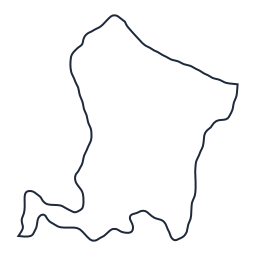 outline of Las Salinas, Barahona, Dominican Republic
{"feature_id": "3306468B53490324555446", "entity_name": "Las Salinas", "entity_type": "district", "adm_level": 2, "iso_a3": "DOM", "parent_name": "Dominican Republic", "parent_adm1": "Barahona", "projection": "robinson", "projection_center": [-71.348, 18.237], "detail": "fine", "context": "isolated", "style": "outline", "palette": "slate", "viewbox_px": 256, "rotation_deg": 0, "n_neighbors": 0, "source": "geoboundaries", "source_scale": "gbopen_adm2", "svg_char_len": 3429}
<svg xmlns="http://www.w3.org/2000/svg" viewBox="0 0 256 256"><path d="M237.6,84.3L228.9,83.4L225.9,82.8L224.1,82.1L220.0,80.0L218.2,79.4L214.4,78.5L212.5,77.9L207.7,75.1L204.1,73.5L199.4,70.5L195.8,68.8L191.0,66.1L189.1,65.5L184.3,64.3L182.6,63.6L178.5,61.5L176.6,60.9L172.8,60.0L170.9,59.4L166.0,56.7L162.5,55.0L157.8,52.1L154.2,50.5L149.4,47.5L146.6,46.2L145.1,45.3L143.6,44.1L142.1,42.8L133.7,33.7L128.3,27.6L127.1,26.0L126.1,24.3L125.0,21.8L118.7,16.9L117.2,15.9L116.3,15.6L115.3,15.4L113.4,15.4L112.5,15.6L110.7,16.6L108.5,18.6L102.7,24.7L100.3,26.7L98.6,27.7L95.1,29.4L91.1,31.7L88.5,32.9L87.7,33.4L86.2,34.6L85.0,36.0L84.1,37.6L83.4,39.5L82.6,43.2L81.8,44.8L80.5,45.9L78.4,47.4L77.0,48.6L74.2,51.4L72.9,53.0L71.9,54.6L71.1,56.6L70.9,57.8L70.5,61.3L70.4,64.8L70.6,68.4L71.2,71.9L71.9,73.9L74.0,78.3L75.5,82.1L78.1,87.4L78.6,89.5L79.4,93.6L80.0,95.7L82.2,101.1L82.8,103.1L83.8,108.3L84.4,110.2L86.4,114.7L86.9,116.7L87.8,120.9L88.3,122.9L90.7,128.3L91.2,130.4L91.4,132.5L91.5,136.9L91.2,139.1L90.7,141.2L89.9,143.0L88.2,146.5L86.6,150.3L84.1,155.6L83.6,157.6L82.5,162.8L81.8,164.7L78.3,171.2L75.9,174.3L75.6,175.1L75.1,176.9L75.1,178.9L75.2,179.9L75.7,181.9L76.2,182.9L77.3,184.7L81.2,189.9L82.2,191.8L82.9,194.0L83.4,197.5L83.5,202.2L83.2,205.6L82.6,207.6L82.1,208.5L81.4,209.2L80.0,210.2L77.9,211.4L76.4,212.0L75.6,212.2L74.0,212.2L72.5,211.6L66.8,208.7L62.8,206.4L61.0,205.6L57.8,205.1L51.3,204.8L49.2,204.6L47.1,204.1L46.2,203.7L44.6,202.7L43.3,201.4L42.2,199.9L40.9,197.6L39.7,196.3L34.7,192.5L33.1,191.6L31.3,191.1L29.4,191.0L27.6,191.3L26.8,191.7L26.1,192.4L25.5,193.2L25.1,194.2L24.7,196.2L24.6,198.3L24.7,206.5L24.5,210.0L23.9,213.3L21.9,218.6L21.7,220.5L21.9,222.4L22.9,226.4L22.8,228.1L22.6,228.9L21.9,230.5L20.4,233.0L18.4,236.0L23.8,236.5L27.8,236.5L30.6,236.0L32.1,235.1L33.3,233.7L36.2,227.9L36.7,225.9L37.7,219.8L38.4,217.9L39.5,216.4L40.8,215.3L41.6,214.9L42.5,214.7L43.3,214.7L44.2,214.9L44.9,215.4L45.5,215.9L47.7,219.4L49.5,221.4L51.1,222.5L57.6,226.3L59.5,227.0L61.6,227.4L64.8,227.6L73.4,227.6L75.6,227.8L77.6,228.3L79.6,229.2L81.3,230.6L82.9,232.1L87.5,237.1L89.9,239.3L91.7,240.3L92.6,240.6L94.6,240.6L95.5,240.5L97.2,239.8L100.2,237.9L103.7,236.1L105.3,234.8L109.9,230.6L111.6,229.5L112.5,229.1L114.4,228.9L116.3,229.1L117.9,229.8L121.0,231.6L122.9,232.2L124.8,232.6L126.7,232.8L128.6,232.8L130.3,232.4L131.2,231.9L131.9,231.3L132.4,230.4L132.8,229.5L133.0,227.6L132.8,225.7L132.2,223.8L130.7,220.7L130.0,219.2L129.9,217.4L130.1,216.5L130.5,215.7L131.1,215.0L132.5,214.2L136.7,213.0L140.6,211.2L142.5,210.8L143.4,210.8L145.3,211.1L147.1,212.1L151.8,216.1L154.4,217.8L156.2,218.5L160.8,219.8L161.7,220.2L163.3,221.2L164.6,222.6L165.7,224.2L167.6,228.9L169.3,232.4L170.6,236.0L171.5,237.7L172.6,239.0L174.1,240.0L174.9,240.2L176.5,240.0L181.1,237.9L182.7,237.0L184.2,235.8L185.4,234.3L186.4,232.5L186.8,231.6L188.3,224.4L190.5,219.0L191.1,215.6L191.5,207.4L191.8,203.9L192.0,202.8L192.7,200.8L194.6,196.3L195.1,194.1L195.4,191.8L195.6,188.3L195.6,182.3L195.2,171.5L195.6,165.1L196.1,161.8L196.8,159.9L198.9,155.5L200.4,151.7L202.1,148.2L202.8,146.4L203.5,143.0L204.2,136.0L204.5,134.9L205.2,132.9L206.3,131.3L207.5,130.0L210.8,127.3L212.8,124.4L213.9,123.0L216.0,121.3L216.9,120.9L218.9,120.2L224.0,119.7L225.9,119.3L227.6,118.4L228.8,117.0L231.0,113.1L232.2,110.4L232.8,108.4L233.5,104.2L234.0,102.2L235.9,97.7L236.5,95.8L237.0,92.5L237.6,84.3Z" fill="none" stroke="#1e293b" stroke-width="2"/></svg>